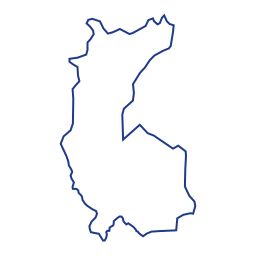 outline of Alindao, Basse-Kotto, Central African Republic
{"feature_id": "33826404B62938730808524", "entity_name": "Alindao", "entity_type": "district", "adm_level": 2, "iso_a3": "CAF", "parent_name": "Central African Republic", "parent_adm1": "Basse-Kotto", "projection": "mercator", "projection_center": [21.194, 5.183], "detail": "fine", "context": "isolated", "style": "outline", "palette": "blue", "viewbox_px": 256, "rotation_deg": 0, "n_neighbors": 0, "source": "geoboundaries", "source_scale": "gbopen_adm2", "svg_char_len": 1719}
<svg xmlns="http://www.w3.org/2000/svg" viewBox="0 0 256 256"><path d="M193.1,213.7L194.4,209.3L195.3,205.8L194.4,201.5L189.3,195.8L184.9,186.5L185.3,168.9L186.0,155.3L185.6,151.3L178.3,145.7L173.0,148.6L158.5,138.8L153.9,135.6L147.7,133.2L139.8,124.8L123.1,139.6L122.3,114.6L123.9,108.7L132.9,100.6L133.9,93.0L133.0,84.1L140.2,72.6L144.8,67.7L149.9,60.1L154.3,55.6L162.8,50.9L168.9,48.4L170.7,46.0L173.0,32.0L173.7,25.3L169.6,24.0L166.8,21.2L164.2,15.4L162.0,17.7L159.8,23.2L157.5,24.3L154.0,21.2L152.9,18.4L148.4,20.1L145.6,26.0L132.4,33.2L129.4,34.0L119.9,29.0L112.7,32.3L108.0,33.6L103.5,28.6L100.0,21.4L92.2,18.8L88.3,19.9L86.6,23.4L89.9,26.4L93.1,30.6L93.7,34.2L90.5,39.2L87.5,42.5L87.5,49.9L86.2,54.6L77.5,57.7L69.5,58.8L69.5,61.8L72.8,64.2L77.5,67.0L78.0,75.6L79.4,81.2L75.5,85.5L72.6,89.1L73.3,99.0L72.9,123.5L70.6,130.3L63.6,136.4L60.7,143.8L66.4,156.0L68.2,161.1L68.8,165.2L71.7,170.3L72.2,172.0L70.6,175.4L71.5,178.5L73.9,182.5L72.5,187.0L72.9,188.9L76.5,188.9L78.2,190.4L78.6,192.8L80.4,194.6L81.8,196.2L82.6,200.0L84.9,203.5L87.3,205.8L92.3,209.2L96.0,211.0L97.0,213.7L95.6,217.5L91.6,221.6L89.4,226.2L89.9,229.4L90.9,232.2L95.6,233.2L98.8,233.7L103.1,240.6L104.7,240.5L106.2,237.7L106.9,234.4L106.2,232.2L107.1,230.9L108.6,230.9L109.3,230.9L109.5,229.5L109.5,227.9L110.9,226.6L112.6,225.9L113.4,225.0L113.7,223.4L113.8,221.1L117.0,218.3L119.4,216.5L121.4,216.5L122.8,218.2L123.6,221.6L125.3,223.3L126.3,224.4L128.3,223.3L129.7,224.3L133.0,226.6L134.2,227.7L135.8,229.7L136.5,231.2L137.6,231.5L139.0,233.2L140.4,234.4L143.1,236.2L146.9,233.5L151.6,231.6L159.5,231.1L166.0,230.8L175.1,230.4L176.2,230.3L177.3,218.3L183.3,214.8L190.6,213.2L193.1,213.7Z" fill="none" stroke="#1e3a8a" stroke-width="2"/></svg>